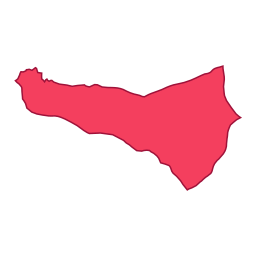 Hungrel, Paro, Bhutan (Robinson projection)
{"feature_id": "84629894B37720492215641", "entity_name": "Hungrel", "entity_type": "district", "adm_level": 2, "iso_a3": "BTN", "parent_name": "Bhutan", "parent_adm1": "Paro", "projection": "robinson", "projection_center": [89.452, 27.418], "detail": "fine", "context": "isolated", "style": "filled", "palette": "rose", "viewbox_px": 256, "rotation_deg": 0, "n_neighbors": 0, "source": "geoboundaries", "source_scale": "gbopen_adm2", "svg_char_len": 2180}
<svg xmlns="http://www.w3.org/2000/svg" viewBox="0 0 256 256"><path d="M15.4,80.7L17.1,82.5L19.0,83.9L21.3,86.6L21.8,87.8L21.9,89.1L22.0,91.7L22.5,97.2L22.6,99.0L23.7,100.4L25.5,103.4L26.0,105.0L26.9,108.1L31.8,112.1L35.4,113.4L36.6,113.9L42.3,115.0L45.8,115.5L48.6,115.9L51.2,116.0L54.9,115.9L58.1,116.4L61.2,117.4L65.0,119.0L71.0,122.1L77.2,125.6L80.2,127.8L83.9,130.5L87.3,132.6L89.4,133.5L98.6,133.1L100.2,133.0L112.7,134.7L123.6,140.4L126.2,142.9L129.5,144.9L131.9,147.0L135.1,149.4L136.7,150.6L141.7,151.1L143.9,150.5L146.7,150.2L149.5,150.5L151.0,151.8L153.8,153.3L156.9,155.9L158.7,158.2L160.7,162.8L165.2,164.1L169.0,165.5L169.9,166.4L170.8,168.3L171.8,171.2L173.1,173.2L176.7,176.3L180.7,180.9L183.0,184.5L187.3,189.9L188.7,189.0L191.9,187.8L196.1,185.6L198.1,183.8L200.4,181.7L201.4,181.1L202.9,179.6L204.7,178.0L205.8,177.1L207.5,176.0L209.1,174.7L210.7,173.5L211.5,172.3L212.1,170.8L212.7,168.4L213.4,166.1L214.6,163.6L217.2,160.3L218.7,159.1L219.9,157.7L222.0,155.3L223.3,153.8L224.9,151.1L225.7,149.1L226.4,146.3L226.5,143.7L227.0,138.7L227.4,136.2L227.7,132.4L228.3,130.2L229.2,127.7L230.4,125.0L233.2,122.5L236.6,119.7L240.6,117.6L238.9,116.4L236.0,113.9L231.2,107.5L226.5,100.6L224.5,95.7L224.1,92.9L223.5,86.6L223.9,83.0L224.3,79.4L224.2,76.7L223.0,68.6L222.9,66.1L219.7,67.1L217.5,67.6L215.1,68.4L213.5,69.3L212.4,70.3L210.9,71.9L209.9,72.6L208.0,73.4L206.5,73.7L204.7,74.0L201.2,75.5L195.7,78.1L190.7,80.3L184.2,82.5L178.6,83.8L173.5,84.9L170.1,86.0L166.8,87.3L161.8,89.6L158.1,91.0L151.2,93.5L148.4,94.7L144.4,96.8L142.2,96.5L139.6,95.4L136.8,94.7L134.1,94.1L130.2,92.8L126.8,91.3L123.2,89.5L120.5,88.6L117.6,88.0L114.5,87.7L112.2,87.6L107.6,87.5L102.2,87.0L97.4,84.8L94.6,84.6L89.5,86.9L87.5,86.5L85.4,85.8L84.5,84.9L77.5,85.5L72.2,86.3L69.1,85.6L67.0,85.1L59.4,84.1L53.8,82.1L51.8,80.4L50.5,80.5L49.1,81.3L47.5,80.2L46.9,79.1L45.7,79.9L44.6,81.8L43.0,79.9L41.8,79.0L41.6,77.2L41.6,75.3L41.7,73.1L40.0,72.9L37.7,72.5L36.5,68.4L35.4,67.7L33.6,69.1L32.0,70.3L29.2,69.3L27.7,69.6L26.4,69.7L25.9,70.8L24.3,71.5L23.2,71.9L20.9,71.8L20.1,73.4L19.5,75.3L18.9,76.5L18.4,77.7L17.8,78.9L16.6,79.9L15.4,80.7Z" fill="#f43f5e" stroke="#9f1239" stroke-width="1.5"/></svg>